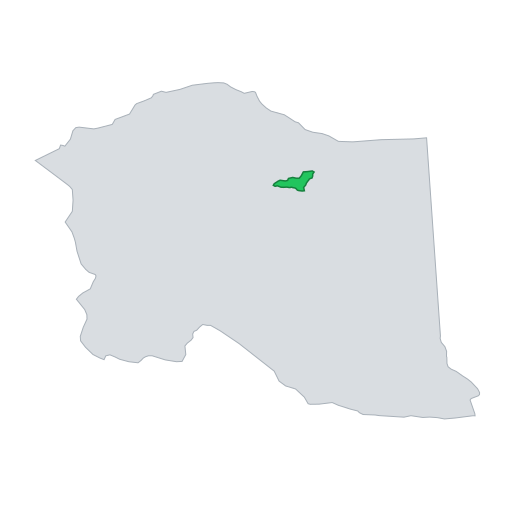 Luuka on a map of Uganda (Natural Earth projection), rotated 266°
{"feature_id": "UGA-5592", "entity_name": "Luuka", "entity_type": "District", "adm_level": 1, "iso_a3": "UGA", "parent_name": "Uganda", "parent_adm1": "", "projection": "natural_earth1", "projection_center": [33.351, 0.802], "detail": "fine", "context": "in_parent", "style": "filled", "palette": "green", "viewbox_px": 512, "rotation_deg": 266, "n_neighbors": 0, "source": "natural_earth", "source_scale": "10m", "svg_char_len": 2921}
<svg xmlns="http://www.w3.org/2000/svg" viewBox="0 0 512 512"><g transform="rotate(266 256 256)"><path d="M362.0,434.4L354.9,434.4L343.3,434.4L331.8,434.4L320.3,434.4L308.7,434.4L297.2,434.4L285.7,434.4L274.1,434.4L262.6,434.4L251.1,434.4L239.5,434.4L228.0,434.4L216.5,434.4L204.9,434.4L193.4,434.4L181.9,434.4L170.3,434.4L163.5,434.4L162.2,434.2L161.2,433.9L156.9,434.8L152.4,438.1L147.6,439.5L142.5,439.0L141.8,439.3L139.2,439.2L135.5,439.0L132.1,439.9L129.5,442.8L126.9,447.7L122.2,453.4L118.5,458.4L115.3,461.9L108.1,467.8L104.2,469.5L102.3,469.3L101.1,468.2L98.8,460.7L97.4,459.5L83.4,463.3L81.3,463.4L81.5,461.0L80.5,443.4L80.3,432.6L82.1,425.8L83.2,418.0L83.3,411.1L85.9,399.4L84.9,392.4L88.2,367.7L89.1,363.7L90.4,351.8L92.5,348.2L94.3,346.7L96.7,339.4L101.3,327.8L104.5,321.8L103.8,308.6L104.3,299.7L105.0,297.7L111.8,294.4L120.6,286.2L124.3,276.5L129.6,270.3L139.7,266.2L139.8,266.2L169.9,232.9L183.9,215.0L190.0,205.8L190.2,202.5L191.4,198.1L189.0,194.7L186.1,191.7L185.1,188.8L182.6,187.4L179.0,187.5L176.6,185.4L173.9,181.4L171.2,178.8L162.6,179.1L156.0,174.9L156.1,169.3L158.7,158.2L163.7,145.5L164.0,142.0L163.3,139.0L162.1,136.5L159.8,134.0L157.7,130.9L159.4,121.8L162.5,112.8L165.1,108.4L167.6,103.4L166.9,99.2L163.2,97.2L165.1,93.2L169.1,86.5L176.8,79.6L183.6,75.1L188.1,75.1L196.9,78.7L204.8,83.0L209.2,83.2L214.5,81.4L225.4,73.8L228.1,76.2L231.3,80.8L234.8,88.4L241.7,91.9L245.0,94.3L247.3,95.0L248.7,94.4L251.3,88.4L254.5,85.2L260.3,81.0L273.2,77.8L282.4,76.8L286.3,76.0L292.9,74.1L303.2,68.0L313.4,75.9L324.4,77.4L335.1,77.4L338.4,75.0L340.2,73.1L351.5,60.1L366.7,42.5L376.8,67.3L380.3,68.8L379.8,70.9L378.9,73.0L385.5,79.0L393.7,82.1L396.6,85.2L396.9,88.5L394.1,103.1L394.6,107.2L397.3,121.8L402.1,125.0L406.4,139.7L415.1,145.9L416.4,147.7L418.4,154.8L421.1,162.6L423.1,164.4L424.4,164.9L427.0,173.1L425.5,177.7L427.5,191.8L430.8,204.4L431.6,219.5L431.7,226.1L431.6,230.2L430.9,235.9L429.3,239.2L426.5,242.4L423.4,247.5L420.8,252.9L419.1,255.6L420.4,263.7L420.0,265.8L419.3,266.9L415.4,268.1L410.3,270.3L407.3,272.4L403.0,276.5L399.5,281.0L394.9,294.1L387.2,304.3L385.9,307.7L378.7,313.8L375.5,321.3L373.5,330.5L370.7,337.1L364.6,346.2L363.1,360.5L363.3,389.1L361.8,421.6L362.0,434.4Z" fill="#d9dde1" stroke="#a8b0b8" stroke-width="1"/><path d="M317.7,308.8L317.6,306.6L318.3,303.1L318.8,301.9L319.6,301.2L320.5,300.6L321.3,299.2L321.6,297.5L322.0,296.8L322.2,295.9L321.9,294.8L322.0,293.7L322.4,292.4L322.6,291.1L322.6,288.4L322.9,285.7L323.8,283.8L324.6,282.0L324.3,280.9L324.2,279.9L325.3,278.2L326.7,279.1L327.6,280.5L328.2,281.7L328.9,282.8L329.9,285.3L328.8,290.5L329.2,292.8L331.1,293.8L331.8,298.1L330.8,301.5L330.6,304.6L332.9,306.8L336.6,309.1L336.6,313.1L336.9,318.1L335.7,319.8L333.9,318.3L331.7,318.1L329.9,317.3L329.6,315.9L329.1,314.6L327.7,313.6L327.2,313.0L326.6,312.5L325.1,311.3L323.3,310.5L321.1,308.3L317.7,308.8Z" fill="#22c55e" stroke="#15803d" stroke-width="1.5"/></g></svg>